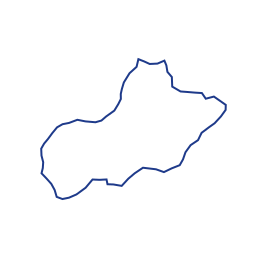 Confins, Minas Gerais, Brazil, rotated 243°
{"feature_id": "56859067B49232748472956", "entity_name": "Confins", "entity_type": "district", "adm_level": 2, "iso_a3": "BRA", "parent_name": "Brazil", "parent_adm1": "Minas Gerais", "projection": "equal_earth", "projection_center": [-43.973, -19.643], "detail": "fine", "context": "isolated", "style": "outline", "palette": "blue", "viewbox_px": 256, "rotation_deg": 243, "n_neighbors": 0, "source": "geoboundaries", "source_scale": "gbopen_adm2", "svg_char_len": 976}
<svg xmlns="http://www.w3.org/2000/svg" viewBox="0 0 256 256"><g transform="rotate(243 128 128)"><path d="M171.5,191.0L172.0,183.5L175.2,176.4L180.0,172.6L184.6,168.5L178.6,163.4L176.1,154.2L170.5,145.0L165.6,140.3L161.6,137.0L157.1,134.8L153.7,130.2L149.7,123.7L148.2,113.8L146.7,107.7L147.9,101.6L153.2,93.1L158.3,86.6L159.3,77.7L161.1,71.4L160.8,65.1L157.9,58.4L154.5,51.6L152.2,46.2L149.0,41.3L142.7,38.4L136.0,36.9L131.0,33.9L126.9,30.4L119.9,32.5L113.0,34.3L106.1,34.5L99.0,33.2L94.5,37.3L92.7,43.8L92.2,51.9L94.0,63.1L98.2,73.0L94.7,79.2L91.9,85.5L87.2,84.2L84.3,89.4L79.3,96.1L82.7,105.3L84.6,113.4L85.8,123.3L78.5,134.2L72.4,140.0L72.2,148.7L71.4,157.2L75.1,162.8L80.3,168.2L84.3,176.0L85.4,184.9L90.3,191.4L91.9,200.5L92.9,207.3L96.1,216.0L99.8,223.2L104.2,225.6L111.2,221.9L117.0,218.8L118.8,210.6L125.6,209.7L129.2,203.6L132.8,197.8L136.7,191.4L144.8,186.2L153.5,190.2L160.1,188.6L166.4,190.6L171.5,191.0Z" fill="none" stroke="#1e3a8a" stroke-width="2"/></g></svg>